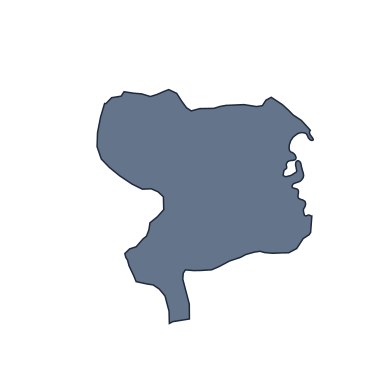 Wiwon, Chagang-do, North Korea, rotated 123°
{"feature_id": "82179303B10108678790042", "entity_name": "Wiwon", "entity_type": "district", "adm_level": 2, "iso_a3": "PRK", "parent_name": "North Korea", "parent_adm1": "Chagang-do", "projection": "mercator", "projection_center": [126.021, 40.774], "detail": "fine", "context": "isolated", "style": "filled", "palette": "slate", "viewbox_px": 384, "rotation_deg": 123, "n_neighbors": 0, "source": "geoboundaries", "source_scale": "gbopen_adm2", "svg_char_len": 5808}
<svg xmlns="http://www.w3.org/2000/svg" viewBox="0 0 384 384"><g transform="rotate(123 192 192)"><path d="M110.0,219.3L117.8,230.9L124.4,236.8L124.3,242.6L121.6,249.8L117.6,258.6L118.8,267.3L122.8,270.2L129.3,274.5L134.6,278.9L137.1,287.6L141.0,294.9L144.9,303.6L150.2,303.6L156.7,310.8L164.7,312.3L165.4,313.5L179.2,309.4L193.8,303.5L205.7,296.3L213.7,286.1L216.4,274.5L217.8,261.4L218.0,246.8L216.7,235.2L211.5,227.9L210.3,220.7L211.6,213.4L222.2,206.1L231.5,207.5L240.7,210.5L247.3,207.5L253.9,206.1L257.9,207.5L268.4,209.0L273.6,213.3L280.2,214.8L282.9,211.9L284.2,209.0L288.2,204.6L293.6,195.8L297.6,190.0L293.7,179.8L291.1,174.0L291.2,166.7L293.9,158.0L304.5,146.3L314.6,139.4L311.2,137.5L299.9,125.0L287.5,133.2L270.2,152.2L264.9,155.1L260.9,155.1L257.0,147.8L253.1,142.0L246.6,133.2L240.0,128.8L229.5,123.0L220.3,115.7L215.1,112.8L208.5,107.0L204.6,102.6L203.3,98.2L199.4,90.9L194.2,83.6L190.3,77.8L182.4,73.4L170.5,73.4L164.0,70.5L161.3,70.5L156.0,73.4L146.9,78.4L147.0,78.6L147.1,78.8L147.3,79.6L147.3,80.0L147.6,81.3L147.7,81.5L147.8,81.7L148.1,82.0L148.3,82.2L148.8,82.5L149.8,83.2L149.9,83.4L150.1,83.6L150.2,83.8L150.3,84.1L150.3,84.3L150.3,84.5L150.3,84.9L150.2,85.1L149.8,85.5L149.7,85.7L149.0,86.5L148.0,87.5L147.6,87.9L147.4,88.1L147.2,88.2L147.0,88.3L146.5,88.7L146.3,88.9L145.9,89.0L145.7,89.1L145.4,89.2L144.6,89.2L143.7,89.2L142.6,89.3L142.1,89.5L141.2,89.7L141.0,89.8L140.9,89.9L140.5,90.1L140.3,90.2L139.9,90.5L139.6,90.6L139.5,90.8L139.2,91.0L138.9,91.4L138.6,91.7L138.5,91.9L138.5,92.1L138.3,92.5L138.3,93.3L138.3,94.1L138.3,94.4L138.5,95.3L138.7,95.9L138.8,96.2L138.9,96.5L138.9,96.8L139.0,97.1L139.1,97.3L139.1,97.7L139.1,98.0L139.2,98.3L139.2,98.6L139.2,98.9L139.1,99.3L139.0,99.5L138.8,99.9L138.7,100.0L138.2,100.6L137.8,100.8L137.3,101.1L136.9,101.3L136.6,101.5L136.1,101.7L135.9,101.8L135.6,101.9L134.9,102.2L134.4,102.5L134.2,102.6L133.6,103.0L133.4,103.1L133.2,103.3L132.9,103.6L132.6,104.0L132.4,104.6L132.4,104.8L132.3,105.2L132.3,105.4L132.4,105.7L132.5,106.0L132.6,106.5L132.9,107.5L133.1,108.0L133.4,109.0L133.5,109.5L133.5,109.8L133.5,110.1L133.4,110.4L133.4,110.5L133.2,110.7L133.0,110.9L132.9,111.0L132.5,111.3L132.2,111.4L131.9,111.5L131.3,111.5L131.1,111.5L130.9,111.5L130.7,111.5L130.4,111.5L130.2,111.5L129.8,111.4L128.8,110.7L128.5,110.5L128.3,110.3L128.0,110.1L127.1,109.4L126.5,108.9L126.2,108.7L125.4,108.0L125.1,107.8L124.8,107.6L124.3,107.3L123.7,107.1L123.0,106.9L122.7,106.8L121.7,106.6L120.8,106.6L119.8,106.6L119.6,106.6L119.3,106.6L119.0,106.7L118.5,106.9L118.2,107.0L117.5,107.3L117.3,107.5L116.8,107.8L116.6,108.0L116.2,108.4L115.5,109.0L115.3,109.3L114.5,110.2L114.3,110.6L113.8,111.1L113.4,111.6L113.1,111.8L112.9,112.1L112.6,112.4L112.3,112.7L111.8,113.3L111.2,113.9L110.9,114.3L110.6,114.5L110.1,115.0L109.6,115.5L109.0,116.1L108.9,116.3L108.7,116.4L108.5,116.6L108.2,117.2L108.0,117.6L107.9,118.2L107.8,118.8L107.8,119.2L107.8,119.6L107.9,119.8L108.1,120.2L108.4,120.5L108.6,120.7L108.8,120.8L109.1,120.9L109.6,121.0L110.0,121.1L110.6,121.0L111.2,120.8L112.3,120.2L112.8,119.9L113.5,119.4L114.1,118.6L114.3,118.4L114.7,118.0L115.2,117.6L115.7,117.1L116.2,116.7L116.6,116.3L116.8,116.1L117.3,115.7L117.9,115.4L118.2,115.4L118.5,115.4L119.0,115.6L120.1,116.2L120.4,116.3L121.2,116.6L121.7,116.9L122.5,117.2L123.2,117.5L123.7,117.8L124.3,118.2L124.6,118.4L124.9,118.7L125.2,118.9L125.6,119.3L126.0,119.7L126.5,120.1L126.7,120.3L126.9,120.5L127.3,120.8L127.8,121.4L128.0,121.7L128.1,121.9L128.3,122.4L128.4,122.7L128.5,123.2L128.5,123.5L128.3,124.3L128.3,124.5L128.2,124.7L128.0,124.8L127.9,124.9L127.7,125.0L127.2,125.2L126.3,125.6L125.2,126.0L124.6,126.3L123.8,126.5L123.5,126.5L123.2,126.5L123.0,126.4L122.1,126.1L121.6,125.9L121.4,125.8L120.9,125.7L120.5,125.6L120.3,125.7L120.1,125.8L119.1,126.5L118.9,126.8L118.6,127.0L118.4,127.3L118.3,127.5L118.0,127.7L117.8,127.8L117.3,128.0L117.0,128.1L116.6,128.2L116.4,128.2L115.9,128.3L115.5,128.3L115.3,128.3L115.1,128.3L114.8,128.3L114.6,128.2L114.3,128.2L113.8,127.9L113.7,127.8L113.5,127.7L113.3,127.6L113.0,127.4L112.2,126.7L111.6,126.0L111.2,125.5L110.8,124.9L110.6,124.6L110.3,124.5L110.0,124.2L109.8,123.9L109.6,123.7L109.0,123.2L108.8,123.1L108.5,123.0L107.5,123.0L107.2,123.1L106.7,123.4L106.3,123.7L105.8,124.2L105.7,124.5L105.0,125.3L104.7,126.2L104.5,126.6L104.4,127.1L104.3,128.3L104.2,128.6L104.3,129.4L104.3,129.9L104.4,130.2L104.5,130.6L104.6,130.9L104.6,131.2L104.5,131.6L104.4,131.9L104.3,132.3L103.8,133.1L103.4,133.5L103.2,133.7L103.0,133.9L102.7,134.1L102.4,134.3L102.1,134.6L101.4,135.0L100.9,135.3L100.3,135.6L100.0,135.8L99.6,135.9L99.3,136.1L98.6,136.3L98.1,136.4L97.7,136.5L97.0,136.7L95.8,137.0L95.2,137.1L94.8,137.1L94.1,137.2L92.9,137.1L92.6,137.1L92.2,137.1L91.9,137.1L91.6,137.1L91.3,137.1L91.0,137.0L90.4,136.9L90.1,136.8L89.5,136.6L88.4,136.3L87.9,136.1L87.7,136.0L86.9,135.7L86.3,135.5L86.1,135.3L85.8,135.3L85.5,135.1L85.4,135.0L85.2,134.9L84.5,134.4L84.4,134.3L84.2,134.2L83.8,133.8L83.2,133.3L83.0,133.1L82.8,132.8L82.5,132.4L82.2,132.0L82.1,131.8L82.0,131.6L81.9,131.4L81.8,131.2L81.7,131.0L81.5,130.5L81.4,130.3L81.3,130.0L81.2,129.7L81.1,129.4L81.1,129.2L81.0,128.9L80.9,128.2L81.0,127.9L81.1,127.6L81.2,127.2L81.5,126.6L81.7,126.3L82.0,125.8L82.2,125.5L82.3,125.3L82.5,125.0L82.7,124.7L83.1,124.1L83.3,123.7L83.4,123.4L83.5,123.0L83.7,122.3L83.8,122.0L83.8,121.7L83.9,121.4L83.8,120.8L83.8,120.4L83.7,120.1L83.6,119.8L83.1,119.2L82.9,118.9L82.7,118.8L82.4,118.8L82.1,118.8L81.5,119.4L81.2,120.0L81.0,120.3L80.7,121.2L80.5,121.7L80.3,122.1L80.2,122.5L79.7,123.9L79.5,124.2L79.3,124.6L78.8,125.3L78.2,125.9L77.9,126.1L77.3,126.3L76.9,126.3L76.2,126.4L75.8,126.4L72.4,139.2L72.3,149.4L70.9,155.3L69.5,164.0L69.4,177.1L74.7,180.0L81.3,180.0L85.2,184.4L90.4,196.0L100.8,210.6L104.8,214.9L110.0,219.3Z" fill="#64748b" stroke="#1e293b" stroke-width="1.5"/></g></svg>